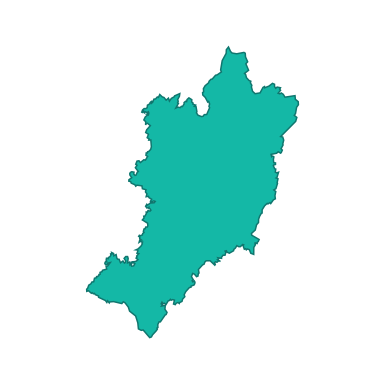 outline of Mymensingh, Dhaka, Bangladesh, rotated 212°
{"feature_id": "16705992B54511139091050", "entity_name": "Mymensingh", "entity_type": "district", "adm_level": 2, "iso_a3": "BGD", "parent_name": "Bangladesh", "parent_adm1": "Dhaka", "projection": "equal_earth", "projection_center": [90.455, 24.722], "detail": "fine", "context": "isolated", "style": "filled", "palette": "teal", "viewbox_px": 384, "rotation_deg": 212, "n_neighbors": 0, "source": "geoboundaries", "source_scale": "gbopen_adm2", "svg_char_len": 6053}
<svg xmlns="http://www.w3.org/2000/svg" viewBox="0 0 384 384"><g transform="rotate(212 192 192)"><path d="M237.9,334.3L238.3,330.9L236.5,327.7L236.0,319.4L232.4,310.7L230.7,309.4L232.7,304.7L233.9,303.5L234.7,298.5L235.6,297.7L236.2,295.1L235.8,293.3L237.2,289.1L237.1,285.7L235.2,283.1L235.7,281.9L234.3,280.0L230.8,279.2L226.3,276.6L225.9,277.6L223.7,276.0L223.0,273.6L221.7,272.8L220.6,265.5L222.6,264.1L222.7,262.1L223.9,261.0L227.6,260.3L230.2,261.5L230.4,262.7L233.9,266.6L235.3,265.9L235.0,267.6L237.6,266.9L238.3,268.0L240.0,268.2L241.1,270.2L244.5,270.2L245.2,267.8L244.5,265.8L245.5,265.6L246.1,263.6L245.3,262.4L245.4,259.4L246.4,259.0L246.7,257.3L248.9,256.5L250.2,254.6L250.5,260.0L251.5,260.0L251.8,261.7L253.1,262.7L253.4,266.5L254.5,269.0L257.7,264.3L257.6,263.2L259.1,260.5L259.3,257.1L261.7,259.1L262.6,256.2L265.8,257.3L267.7,256.9L271.0,257.6L270.6,254.4L271.8,254.2L272.2,251.6L273.5,250.6L272.9,247.2L273.4,245.7L274.1,246.3L273.8,247.8L274.5,247.4L274.9,245.4L274.5,244.5L275.8,242.0L274.7,239.8L275.4,238.2L276.8,237.4L277.4,235.3L276.9,233.1L275.9,233.3L276.0,235.1L273.6,233.5L274.5,234.8L274.0,235.4L272.1,235.5L271.6,236.9L270.6,236.2L271.4,234.3L270.1,235.0L269.8,234.0L270.7,233.3L271.4,230.8L271.0,227.6L268.5,227.1L266.9,224.3L267.0,225.7L266.2,226.7L262.5,226.2L263.4,220.8L262.8,217.9L259.5,217.9L258.8,214.3L256.5,214.3L256.2,213.1L254.5,214.3L250.4,208.8L249.6,206.2L250.2,203.4L251.0,202.6L250.6,201.4L251.5,200.9L250.5,198.7L248.5,198.7L248.4,194.4L249.9,193.8L251.4,189.6L253.5,190.4L255.0,189.1L254.4,185.7L252.8,185.6L252.9,182.6L248.4,180.9L248.9,179.8L248.4,176.8L249.1,175.9L250.9,176.3L251.7,178.1L253.8,177.3L254.6,176.0L254.6,174.8L253.7,173.5L250.7,172.2L252.0,169.0L251.3,167.7L249.5,168.3L248.2,167.3L244.3,167.9L242.8,167.1L242.3,168.6L237.7,170.7L235.8,168.5L232.2,169.5L231.5,167.4L229.2,166.5L228.4,163.7L226.7,165.2L225.4,164.4L222.4,164.5L222.3,162.0L221.7,161.3L219.7,164.2L218.2,164.5L218.4,162.8L221.3,160.7L223.0,157.0L223.8,157.5L223.8,155.3L221.7,154.5L220.4,156.3L219.8,155.1L218.9,155.6L217.2,154.8L217.4,153.6L219.5,152.9L219.1,151.1L220.2,150.8L219.2,149.1L219.2,146.5L220.1,145.9L218.9,144.5L219.3,142.0L213.1,142.0L211.6,140.0L211.3,138.7L212.7,137.7L212.3,136.0L213.1,135.3L212.4,132.8L211.3,132.3L211.8,130.7L211.4,129.2L212.7,127.5L213.7,127.4L213.7,126.1L212.4,126.1L211.6,124.7L209.5,124.5L210.8,123.4L210.2,121.3L209.5,122.8L207.4,123.3L207.3,122.1L206.6,121.7L206.6,119.0L207.6,115.1L208.9,113.2L207.4,113.9L206.7,113.5L206.2,110.9L204.5,111.5L205.0,108.3L204.2,107.8L204.4,106.3L202.0,106.0L202.6,103.8L204.6,101.7L203.1,100.5L202.5,100.8L202.3,98.5L203.8,97.1L205.0,97.7L205.2,101.5L205.9,101.0L206.2,97.6L207.7,99.6L209.1,97.7L210.9,101.8L212.4,103.1L214.0,102.1L214.4,99.7L211.6,98.4L211.2,96.8L211.7,95.9L214.0,96.9L215.1,94.1L218.2,96.3L219.5,95.6L220.7,96.1L223.2,98.7L224.5,96.5L225.9,98.3L228.1,98.1L227.1,97.0L228.2,96.4L227.3,95.4L227.3,93.7L228.2,92.1L227.6,91.1L229.4,90.5L228.7,88.7L227.5,87.9L227.6,86.9L227.9,87.6L228.4,86.9L228.2,85.4L227.0,84.6L225.9,85.3L225.4,86.2L225.8,87.1L223.9,88.9L224.3,84.4L225.5,83.5L223.5,81.4L226.4,78.2L226.1,76.8L227.4,75.1L226.3,73.7L227.2,72.7L226.7,71.9L227.2,70.5L228.1,69.7L227.5,68.8L229.0,67.2L227.8,63.8L229.2,62.6L229.1,60.5L230.2,58.3L229.5,55.2L229.8,53.7L228.6,52.0L227.5,53.4L223.7,52.8L223.3,53.7L221.7,53.4L221.0,54.3L219.6,53.7L216.2,54.3L215.4,53.2L207.9,54.1L205.7,53.2L205.9,55.0L203.4,54.1L203.5,55.2L200.4,57.5L192.4,60.2L192.1,62.5L190.2,62.6L185.1,60.7L181.8,57.9L174.1,57.0L168.6,52.3L164.9,47.5L161.7,47.8L160.3,49.1L150.7,46.1L149.6,47.6L149.8,49.9L148.8,55.2L148.7,57.2L149.6,58.0L149.1,59.0L150.8,61.5L151.1,64.5L150.0,65.1L149.6,73.5L149.0,74.4L149.4,76.7L152.8,78.2L154.6,81.7L157.4,79.1L157.4,80.6L158.9,80.8L159.1,82.7L157.3,82.0L156.4,83.1L154.4,82.8L154.5,87.1L153.6,88.1L153.5,89.5L152.3,89.2L151.4,90.5L149.6,91.0L148.3,87.2L146.5,87.6L146.5,89.3L145.3,90.9L143.7,90.7L143.9,91.7L142.5,93.9L143.2,96.2L142.6,99.4L144.2,100.7L144.5,104.2L143.6,109.5L142.4,110.8L142.9,111.7L141.0,114.2L141.1,115.7L141.7,117.1L143.0,117.8L143.6,116.2L144.9,116.8L144.5,118.3L147.6,119.9L148.3,123.3L146.3,123.6L143.3,122.6L142.4,123.8L143.4,126.2L143.1,127.0L145.5,129.7L144.4,135.8L143.5,137.2L144.0,139.4L143.5,141.2L140.2,143.3L133.9,142.0L133.9,143.0L135.4,143.9L135.2,145.2L133.6,145.7L132.8,148.0L131.0,148.2L134.6,148.1L134.0,149.6L135.1,150.0L131.8,151.4L132.4,152.3L132.2,154.8L130.5,155.9L131.3,158.8L132.6,159.4L131.7,160.4L130.5,159.5L127.9,159.9L125.6,164.2L126.1,165.5L125.5,167.3L125.5,170.3L123.3,170.4L122.0,171.3L121.2,174.4L120.2,174.6L120.1,173.4L117.3,171.2L116.5,172.3L115.3,171.7L114.9,173.0L112.8,173.5L109.7,171.2L106.6,171.8L110.2,177.7L110.3,181.0L111.7,181.5L110.9,181.5L111.4,182.3L109.5,182.9L110.0,183.7L109.6,185.2L109.9,187.3L118.4,187.0L119.6,188.3L118.2,193.3L119.9,198.5L119.4,201.3L121.1,204.2L121.8,207.4L121.9,210.6L121.4,211.3L123.1,214.1L123.1,218.8L122.2,222.2L121.3,222.1L120.3,224.3L119.1,223.9L118.8,228.5L117.7,230.4L119.7,232.8L121.2,236.8L123.7,237.1L122.6,239.3L124.1,244.7L124.7,244.9L126.1,248.8L128.0,248.5L127.6,249.2L129.1,254.6L130.3,253.1L131.9,253.0L133.1,255.8L134.2,255.5L137.0,257.4L137.1,258.1L135.8,259.6L136.6,260.9L138.2,260.2L140.1,262.5L141.2,265.2L142.7,265.2L143.2,264.1L144.9,265.8L140.8,269.7L140.2,271.8L137.4,271.9L137.2,272.8L137.6,275.4L139.4,275.9L139.7,280.2L140.4,280.6L141.7,284.6L144.2,286.7L146.2,286.0L141.5,306.8L142.6,310.8L145.9,311.2L145.8,313.4L148.2,319.3L148.0,322.4L149.8,324.9L153.5,325.4L155.7,328.3L163.4,321.7L166.4,323.2L168.8,323.3L169.5,321.8L171.3,321.4L170.8,325.2L172.1,325.7L172.2,327.3L175.4,326.1L176.0,324.3L177.9,325.2L179.1,327.1L181.3,326.8L182.9,322.5L185.6,318.9L186.4,319.8L187.2,318.3L186.8,312.1L190.6,308.8L194.0,309.5L197.3,312.6L197.8,314.2L200.3,315.5L200.8,317.1L202.8,316.8L206.4,317.8L208.8,320.1L210.3,320.4L208.5,325.2L214.3,329.3L213.8,331.9L218.2,334.9L220.4,337.9L221.9,337.9L227.3,332.9L231.6,331.1L233.8,331.6L237.9,334.3Z" fill="#14b8a6" stroke="#0f766e" stroke-width="1.5"/></g></svg>